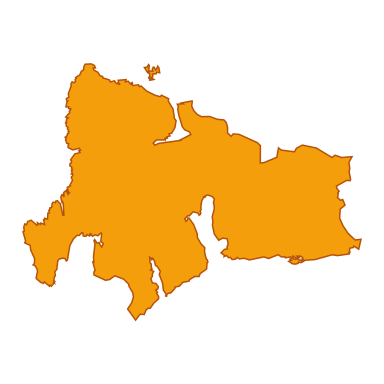 Vindafjord nor, Rogaland, Norway
{"feature_id": "86288312B43548013531547", "entity_name": "Vindafjord nor", "entity_type": "district", "adm_level": 2, "iso_a3": "NOR", "parent_name": "Norway", "parent_adm1": "Rogaland", "projection": "albers", "projection_center": [5.868, 59.547], "detail": "fine", "context": "isolated", "style": "filled", "palette": "amber", "viewbox_px": 384, "rotation_deg": 0, "n_neighbors": 0, "source": "geoboundaries", "source_scale": "gbopen_adm2", "svg_char_len": 5863}
<svg xmlns="http://www.w3.org/2000/svg" viewBox="0 0 384 384"><path d="M135.6,320.1L140.1,314.2L144.2,314.5L146.0,310.1L148.1,308.2L150.1,308.4L153.9,303.0L158.6,298.8L158.6,296.5L156.6,293.3L157.5,292.4L155.7,290.0L157.7,289.1L158.4,286.8L156.0,283.5L152.4,282.9L150.8,278.7L152.4,276.2L152.4,273.8L153.7,271.4L150.6,270.0L152.1,269.0L151.5,268.2L151.2,263.9L150.1,262.8L149.6,257.3L151.5,259.0L152.3,257.4L151.8,259.5L153.1,258.8L154.5,261.1L155.5,265.5L157.3,266.5L160.3,271.3L159.3,274.6L162.5,283.0L163.4,290.2L166.3,294.4L165.6,295.9L166.2,296.3L166.8,296.0L166.6,294.6L168.1,293.4L170.8,292.9L174.9,288.5L175.0,287.1L179.3,286.2L182.8,282.4L189.1,281.1L189.7,279.5L194.7,276.5L199.1,276.5L200.1,273.7L206.6,269.0L207.1,262.7L207.8,262.4L207.5,260.1L206.4,259.1L205.2,255.1L204.5,251.0L204.8,247.7L201.0,243.8L197.4,237.6L197.2,233.6L193.7,224.7L189.1,218.1L187.8,218.1L187.5,219.8L185.9,221.4L184.8,218.6L187.9,215.7L189.4,215.8L193.1,211.8L197.9,213.0L199.1,215.2L200.3,214.5L200.8,212.8L200.1,211.1L201.1,209.6L200.9,206.4L201.7,200.9L203.3,197.9L205.0,197.0L204.2,196.7L207.2,194.9L211.9,196.3L214.4,199.0L213.4,202.6L214.2,205.7L214.2,209.3L212.2,216.8L212.9,221.8L212.4,225.1L214.3,234.0L218.7,240.3L222.5,238.2L227.1,238.7L228.2,243.9L227.0,246.9L227.3,249.0L224.5,249.3L221.0,252.9L224.4,255.3L224.1,256.6L226.4,255.5L228.6,257.7L230.4,257.4L232.1,259.6L235.7,259.1L237.1,257.5L239.3,258.9L244.2,258.3L249.5,259.9L263.9,256.9L268.6,258.5L278.2,254.7L281.3,256.9L284.9,256.8L285.3,257.8L290.7,256.9L291.5,258.2L289.9,259.2L291.4,260.4L288.7,261.3L292.4,263.8L295.7,264.1L298.2,263.3L298.4,262.1L301.0,262.7L303.4,261.4L296.6,258.8L294.6,259.4L292.5,258.2L293.3,257.2L292.4,255.7L296.1,258.1L298.2,257.9L297.1,256.3L299.5,257.4L299.1,255.9L301.7,256.6L302.9,258.1L301.9,259.1L304.0,260.3L314.8,259.6L332.2,254.8L337.5,255.6L349.4,253.9L348.8,252.4L349.9,252.2L349.5,249.3L350.1,248.1L353.1,247.6L353.9,246.1L358.7,249.2L361.0,239.3L355.1,240.0L348.0,233.3L343.1,225.9L339.6,218.1L340.2,209.1L345.0,205.1L342.7,199.5L340.5,200.3L337.5,197.5L338.3,193.5L337.8,192.9L339.1,191.2L337.1,188.9L336.4,186.1L346.8,180.3L350.0,180.8L350.6,179.6L349.1,171.5L349.8,168.6L348.9,162.5L352.0,156.7L341.7,157.5L335.0,155.2L332.0,157.5L316.3,148.0L302.3,145.1L296.4,148.3L294.5,151.8L281.2,150.1L278.5,147.9L276.8,157.3L263.8,162.7L260.3,163.0L260.4,145.7L257.3,142.6L239.1,134.4L233.3,133.9L231.1,136.3L227.5,132.9L227.6,127.6L226.3,122.7L223.9,119.9L217.2,119.3L209.7,116.5L201.6,116.7L197.1,114.4L193.7,110.5L191.7,106.1L192.3,101.1L191.7,101.0L181.4,103.0L182.9,103.8L177.3,104.2L178.4,106.9L177.7,109.0L178.8,115.3L182.4,126.9L184.7,129.8L189.2,131.8L190.9,134.5L180.3,139.9L181.2,140.0L180.8,140.4L158.6,143.4L154.9,145.2L153.2,143.1L156.6,139.9L164.0,140.0L164.8,138.7L165.4,139.6L165.5,138.2L167.3,138.2L166.9,136.9L170.0,135.9L169.0,133.9L171.7,133.2L174.9,127.7L176.1,120.6L174.4,118.4L173.1,109.2L168.3,101.1L168.6,98.7L161.4,95.2L160.3,96.7L155.2,95.3L146.8,91.2L141.0,86.0L139.5,86.6L138.5,84.8L133.2,85.5L131.8,84.6L132.6,83.6L132.2,82.5L130.3,83.8L128.2,81.2L125.4,81.8L126.1,79.6L118.2,80.3L118.6,81.2L118.0,82.4L120.2,84.6L116.0,83.2L114.6,80.8L110.3,81.9L109.4,79.9L103.0,78.0L102.6,76.5L99.9,75.6L97.8,72.2L93.8,70.0L93.2,67.9L95.4,67.9L94.4,65.4L91.2,63.9L85.2,64.2L84.0,66.3L83.5,69.9L81.3,71.3L79.9,74.7L75.7,77.5L76.3,78.2L75.1,79.6L75.5,81.6L73.9,82.8L72.1,81.8L71.0,83.8L71.1,86.2L68.3,93.7L68.8,97.3L66.3,98.6L66.9,101.1L67.7,101.1L66.9,102.0L65.9,106.9L68.6,106.8L68.6,108.4L69.4,108.8L71.4,108.5L69.9,109.2L70.4,109.9L69.3,111.4L69.7,112.7L65.7,117.0L68.1,118.0L66.7,118.7L66.2,121.5L66.7,122.1L65.5,123.0L66.3,124.2L66.2,126.0L68.0,127.4L67.4,128.8L69.0,131.5L68.2,131.8L68.5,133.3L67.5,133.7L67.2,135.5L65.2,137.2L66.5,137.9L65.5,139.4L66.8,143.4L68.7,143.7L67.9,147.0L68.8,148.0L72.8,149.9L79.3,148.3L80.5,150.1L78.8,150.7L80.0,152.5L74.7,154.0L70.6,159.8L71.6,161.1L71.2,163.0L70.0,163.7L69.9,165.8L71.8,167.0L71.5,168.0L72.5,169.9L71.4,170.3L72.2,173.0L71.3,173.9L72.7,174.2L72.7,175.6L71.2,177.2L72.5,180.3L69.9,185.2L70.4,185.9L67.2,187.4L68.4,192.0L69.5,192.8L67.9,194.3L67.5,191.7L66.8,191.9L66.9,189.8L63.8,192.4L64.0,197.0L62.9,194.4L62.0,194.6L60.8,197.1L61.7,201.4L62.4,201.4L62.1,202.8L63.2,203.1L63.9,215.2L62.9,215.4L60.3,203.8L57.4,200.7L55.8,201.1L55.5,202.6L53.1,202.2L52.2,203.4L51.6,207.4L49.8,208.0L49.7,209.9L48.8,210.3L49.4,212.9L47.9,213.1L47.5,219.2L44.6,218.2L44.3,220.1L43.6,220.0L44.6,224.6L40.9,223.0L40.4,224.4L37.4,222.7L37.7,224.7L37.0,225.3L31.1,220.2L27.7,221.5L26.6,224.7L24.8,223.9L23.8,227.0L24.2,231.2L23.0,231.7L25.6,241.0L24.7,242.9L30.1,245.3L30.7,250.0L34.7,258.9L34.4,263.5L33.1,264.9L35.2,265.8L37.2,269.4L37.5,271.4L36.1,278.1L36.4,278.7L40.7,282.4L43.4,283.4L44.4,281.9L49.4,286.2L49.9,285.2L51.3,286.3L53.3,283.9L53.5,282.5L54.6,283.2L54.3,281.8L54.8,281.4L53.7,280.5L54.5,276.8L55.4,275.8L54.8,271.6L56.8,269.5L57.8,260.6L59.4,258.9L63.2,258.2L65.0,258.5L66.3,260.9L67.4,260.1L69.9,245.4L73.4,239.0L77.1,235.3L79.4,235.4L81.8,232.7L82.9,232.9L83.1,235.8L84.4,236.3L86.2,236.1L86.9,234.6L89.6,236.0L90.3,235.2L90.0,233.9L90.7,233.6L92.4,236.3L95.2,234.8L97.9,235.8L101.0,232.9L101.7,233.5L100.8,241.3L103.3,243.7L101.7,247.0L99.7,244.3L99.6,242.5L97.2,243.2L94.6,239.5L94.0,240.6L95.0,244.2L93.5,256.2L93.8,262.2L92.8,262.0L95.1,270.4L93.9,272.0L94.0,275.0L105.6,280.3L109.7,279.5L114.8,275.8L123.8,279.2L128.7,284.2L129.0,286.3L132.8,292.8L133.4,296.9L131.8,302.6L127.6,309.0L135.6,320.1ZM149.3,65.6L148.6,64.6L147.0,67.2L144.4,67.5L147.5,72.4L148.8,70.8L148.7,73.2L149.4,73.2L149.9,75.7L148.6,77.7L149.6,79.2L150.7,78.8L150.0,80.2L153.9,79.5L151.1,77.5L152.8,76.7L152.6,74.0L156.2,73.8L156.7,72.2L159.7,72.8L158.9,67.9L157.7,66.2L156.4,69.5L155.4,69.9L154.3,67.3L153.2,67.2L152.3,69.1L152.8,71.2L149.5,71.0L148.8,70.3L149.3,65.6Z" fill="#f59e0b" stroke="#b45309" stroke-width="1.5"/></svg>